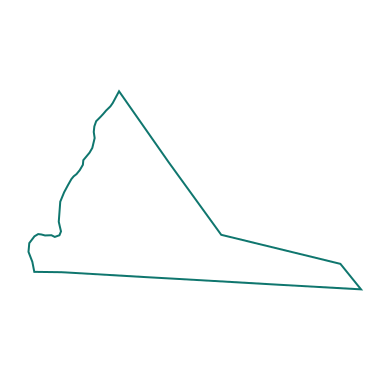 outline of Alto do Rodrigues, Rio Grande do Norte, Brazil, rotated 358°
{"feature_id": "56859067B38612658139094", "entity_name": "Alto do Rodrigues", "entity_type": "district", "adm_level": 2, "iso_a3": "BRA", "parent_name": "Brazil", "parent_adm1": "Rio Grande do Norte", "projection": "equal_earth", "projection_center": [-36.771, -5.342], "detail": "fine", "context": "isolated", "style": "outline", "palette": "teal", "viewbox_px": 384, "rotation_deg": 358, "n_neighbors": 0, "source": "geoboundaries", "source_scale": "gbopen_adm2", "svg_char_len": 674}
<svg xmlns="http://www.w3.org/2000/svg" viewBox="0 0 384 384"><g transform="rotate(358 192 192)"><path d="M357.5,295.2L337.8,269.0L219.7,235.8L169.7,161.4L122.6,88.8L115.9,100.3L113.4,103.6L109.0,107.6L105.9,111.0L102.9,114.0L98.7,117.9L96.7,123.0L95.9,128.6L96.6,134.7L93.9,144.5L91.0,149.1L84.5,156.4L83.9,161.0L80.6,166.2L77.2,170.1L74.3,172.2L71.9,174.9L68.4,180.6L64.2,187.8L60.0,197.1L57.8,217.1L58.7,221.8L59.7,226.8L58.0,230.6L53.3,232.1L50.0,230.3L43.6,230.3L40.0,229.2L36.8,228.7L33.0,230.8L27.6,237.4L26.5,246.1L30.0,256.2L31.6,266.3L58.7,267.6L63.3,268.0L143.3,275.5L171.9,278.1L277.6,287.9L357.5,295.2Z" fill="none" stroke="#0f766e" stroke-width="2"/></g></svg>